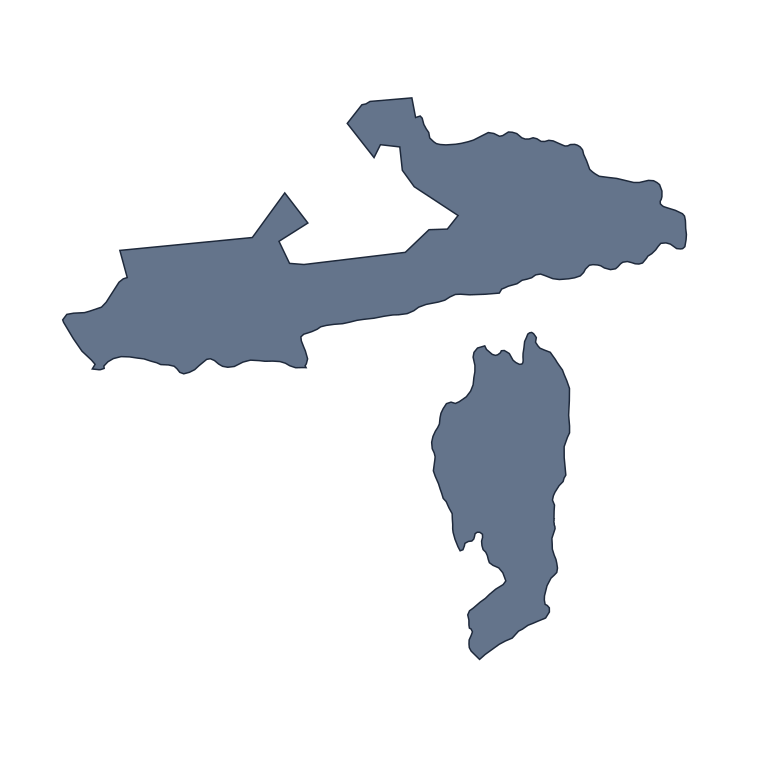 outline of Panfilov, Chuy, Kyrgyzstan, rotated 175°
{"feature_id": "92254566B35271705363117", "entity_name": "Panfilov", "entity_type": "district", "adm_level": 2, "iso_a3": "KGZ", "parent_name": "Kyrgyzstan", "parent_adm1": "Chuy", "projection": "mercator", "projection_center": [73.745, 42.502], "detail": "fine", "context": "isolated", "style": "filled", "palette": "slate", "viewbox_px": 768, "rotation_deg": 175, "n_neighbors": 0, "source": "geoboundaries", "source_scale": "gbopen_adm2", "svg_char_len": 5205}
<svg xmlns="http://www.w3.org/2000/svg" viewBox="0 0 768 768"><g transform="rotate(175 384 384)"><path d="M70.0,525.1L71.8,527.6L74.5,529.2L78.6,531.6L79.8,532.1L86.4,534.8L90.1,536.4L91.4,537.5L93.0,539.4L92.9,542.0L91.7,543.8L90.8,546.4L90.3,552.0L92.1,558.6L94.5,560.9L97.7,563.0L102.8,563.8L112.0,562.5L117.7,563.0L134.2,568.5L142.0,570.1L151.5,572.2L155.4,575.0L157.8,577.1L160.4,579.9L162.7,588.6L165.1,595.4L165.7,599.6L166.4,600.9L168.0,603.2L170.6,605.1L173.1,606.1L177.5,606.3L180.2,605.2L182.9,605.3L184.2,605.9L190.3,609.2L194.2,611.4L198.6,612.4L202.6,611.6L206.4,612.0L210.3,615.0L214.0,616.3L218.2,615.4L221.9,615.7L225.2,617.2L229.9,621.9L234.2,623.6L238.1,624.2L244.1,621.1L247.3,620.7L252.7,624.0L258.2,625.4L266.9,621.9L273.6,619.2L279.1,618.0L285.9,617.0L291.8,616.6L301.5,616.8L307.2,617.7L310.9,618.9L313.4,621.0L317.0,625.1L317.5,630.6L319.7,634.5L321.7,639.1L322.8,645.5L324.6,647.8L329.3,646.7L331.3,666.6L373.3,666.7L377.6,664.6L381.7,664.1L397.9,646.8L374.2,610.4L366.7,622.7L347.6,618.8L347.1,595.3L336.7,577.9L295.5,545.4L307.4,532.8L325.7,533.8L351.3,513.3L453.3,510.0L467.6,512.4L476.2,535.3L445.8,551.0L466.2,583.0L502.4,541.4L635.5,540.1L630.5,512.4L634.6,511.5L639.1,508.5L650.7,493.5L653.6,489.7L658.7,485.2L670.9,482.2L676.1,481.2L687.0,481.6L693.9,481.0L698.5,475.9L697.8,473.3L689.5,456.2L682.0,443.0L673.3,433.3L670.1,428.8L673.3,424.4L671.9,424.1L668.8,423.5L667.0,423.1L665.8,423.0L665.1,423.0L661.4,423.9L661.5,426.3L657.1,430.2L651.4,432.9L643.5,434.2L635.2,433.2L627.7,431.4L620.8,429.9L620.6,429.8L614.0,427.0L608.6,425.0L604.7,422.8L597.1,421.8L591.5,420.0L588.9,417.2L586.4,413.4L582.6,411.6L576.8,412.6L571.3,414.8L566.8,418.3L561.0,422.3L558.5,424.0L554.8,424.3L550.9,422.2L547.0,418.3L543.3,415.7L538.2,414.3L531.6,414.5L522.6,418.1L516.3,419.2L514.9,419.4L505.9,418.1L500.5,417.0L492.8,416.5L485.6,415.4L480.4,413.3L476.3,410.4L470.6,407.9L464.1,407.5L460.2,407.1L461.0,409.0L459.6,410.9L457.9,415.7L459.5,424.0L460.7,427.7L462.6,434.2L462.7,438.2L459.6,440.6L455.4,441.5L451.2,442.5L445.7,444.4L442.1,446.5L436.4,447.4L428.6,447.8L419.9,447.7L412.8,448.6L405.3,449.8L398.2,450.2L388.3,450.4L378.0,451.5L369.7,452.0L368.5,452.0L363.5,451.7L354.7,452.1L347.9,454.4L342.8,457.5L335.1,459.6L322.7,460.9L316.1,462.2L310.7,465.0L305.1,467.0L300.1,466.8L291.0,465.4L275.4,464.6L261.2,464.5L258.5,468.3L255.3,469.3L251.7,470.6L242.7,472.3L237.4,475.3L232.3,476.0L227.6,477.0L223.4,479.5L218.5,479.9L214.1,477.9L206.6,474.2L200.2,472.8L190.9,472.7L184.8,473.2L179.0,474.6L175.4,477.7L173.3,480.9L169.1,484.4L165.5,484.7L161.0,484.0L157.8,482.9L154.4,480.4L148.4,478.2L143.3,478.6L140.9,480.3L137.9,483.1L135.5,484.5L130.9,484.8L126.6,483.3L123.4,481.9L119.6,481.3L115.9,482.0L111.6,486.3L110.0,488.4L105.9,490.5L101.7,493.9L98.9,497.2L96.0,500.0L90.8,500.0L86.5,498.4L83.0,495.4L80.7,493.4L76.8,492.7L74.7,492.8L72.3,494.6L70.5,501.4L69.7,506.5L69.9,512.7L69.6,517.9L69.5,520.6L70.0,525.1ZM312.8,101.3L306.9,105.7L292.0,114.6L285.5,117.4L278.4,119.7L271.5,126.1L267.5,127.7L261.6,131.1L256.5,132.6L251.4,134.3L243.4,136.8L239.1,142.5L238.8,146.6L240.6,149.1L242.7,150.5L243.1,154.9L242.6,158.9L239.2,168.8L234.6,176.0L230.9,178.9L228.3,181.2L227.2,185.5L227.5,190.4L228.0,194.3L229.4,198.8L230.7,204.8L230.4,209.7L230.2,215.6L226.2,224.9L226.2,227.2L226.7,228.8L226.6,230.3L226.8,231.9L226.7,232.7L226.4,233.5L226.5,233.8L226.5,234.1L226.4,234.4L226.3,234.6L226.3,234.9L226.2,235.0L226.4,235.2L225.6,242.7L224.7,248.5L226.3,253.7L225.0,257.9L223.1,261.3L218.4,267.5L214.1,271.2L212.8,274.6L210.8,277.4L210.9,295.0L210.0,305.9L205.9,314.9L203.4,319.2L202.8,326.0L202.8,336.7L202.0,342.7L200.8,351.3L199.6,363.4L201.7,371.6L203.7,377.7L205.0,382.4L207.6,386.8L209.6,390.3L211.2,393.6L213.4,397.3L215.6,401.1L221.2,403.8L225.5,406.1L227.3,408.5L229.4,412.4L228.2,417.0L230.6,421.1L232.4,422.5L234.5,422.3L236.4,421.2L238.2,417.6L240.2,414.1L241.5,407.6L242.8,402.3L243.2,398.8L243.3,395.4L243.8,393.1L245.0,391.8L247.4,391.8L250.8,393.9L253.4,396.5L256.5,403.4L258.6,405.0L261.3,406.9L264.2,406.9L265.3,405.0L268.2,403.2L270.5,402.8L273.6,404.1L278.9,409.5L280.3,413.2L287.7,411.7L291.6,407.7L292.9,403.0L291.8,394.5L292.4,388.3L293.9,382.6L295.3,375.4L298.3,369.4L303.1,364.1L310.6,359.8L314.6,358.4L318.8,360.1L323.5,359.0L327.2,354.3L329.8,349.9L331.1,345.5L332.3,339.3L334.4,335.8L336.9,332.6L339.8,327.5L341.6,321.8L341.6,315.3L340.0,311.0L339.4,307.0L340.0,303.9L341.5,297.2L342.4,293.2L341.0,287.6L338.4,279.9L337.2,274.4L336.0,269.8L335.0,264.9L332.3,261.4L330.1,255.0L327.4,248.9L327.7,243.6L327.8,238.1L328.2,233.8L328.1,230.2L326.8,223.1L324.5,215.5L322.7,211.2L319.8,212.0L318.0,215.7L317.3,218.2L313.7,219.8L310.2,219.9L308.1,221.7L307.2,224.0L306.3,226.9L304.1,228.2L301.4,227.9L299.0,225.7L299.2,222.5L300.5,218.9L300.5,214.4L299.7,210.4L297.3,207.6L296.0,204.0L295.4,200.0L294.6,196.8L291.2,193.8L289.3,192.8L285.7,190.8L282.1,185.6L280.9,181.3L279.8,177.2L282.8,173.8L290.6,169.9L297.2,165.3L301.7,161.6L307.1,158.4L314.6,153.0L318.6,150.6L320.7,146.7L320.0,141.4L320.4,136.4L320.2,133.4L318.6,132.3L317.5,129.4L319.0,126.1L321.5,121.6L322.0,117.5L322.0,113.9L320.4,110.2L312.8,101.3Z" fill="#64748b" stroke="#1e293b" stroke-width="1.5"/></g></svg>